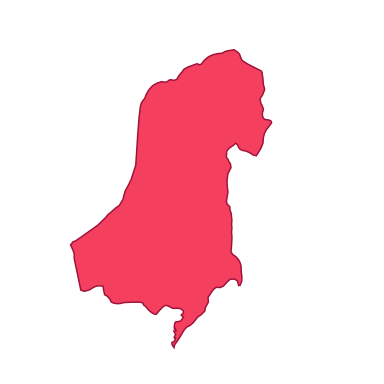 Telang Usan, Sarawak, Malaysia (Equal Earth projection), rotated 209°
{"feature_id": "92858781B46981369874280", "entity_name": "Telang Usan", "entity_type": "district", "adm_level": 2, "iso_a3": "MYS", "parent_name": "Malaysia", "parent_adm1": "Sarawak", "projection": "equal_earth", "projection_center": [114.732, 3.333], "detail": "fine", "context": "isolated", "style": "filled", "palette": "rose", "viewbox_px": 384, "rotation_deg": 209, "n_neighbors": 0, "source": "geoboundaries", "source_scale": "gbopen_adm2", "svg_char_len": 3101}
<svg xmlns="http://www.w3.org/2000/svg" viewBox="0 0 384 384"><g transform="rotate(209 192 192)"><path d="M247.2,306.9L247.3,306.9L249.6,306.7L252.3,303.9L252.9,302.9L253.8,301.9L254.7,301.1L255.9,299.6L257.4,297.4L258.7,294.9L258.8,292.7L259.9,287.4L259.9,284.1L260.0,282.9L261.5,281.4L262.9,280.4L264.6,280.2L266.1,279.0L266.7,277.5L267.9,275.5L269.6,274.7L272.2,273.7L273.7,272.0L275.4,270.2L276.7,268.1L278.1,265.5L278.7,263.0L279.3,260.2L279.3,257.5L279.3,255.6L279.3,254.6L278.7,251.0L279.3,247.7L279.3,244.4L278.1,240.5L276.9,237.7L274.6,231.9L267.8,217.0L254.1,188.0L253.3,183.5L251.3,173.5L251.0,168.0L250.9,160.4L249.7,155.3L248.8,152.0L249.1,144.9L250.9,141.2L254.5,131.4L255.3,127.3L258.3,117.3L267.6,97.9L270.2,92.8L272.0,90.5L272.5,86.8L267.9,83.4L264.9,80.7L263.0,77.0L241.7,52.3L239.6,52.7L238.0,52.9L235.7,55.2L233.9,57.2L232.2,60.4L230.2,63.1L227.0,65.4L224.0,66.4L221.7,63.3L218.6,59.8L215.4,59.8L211.3,58.2L209.7,56.7L206.4,56.8L202.8,58.3L200.6,59.8L198.0,62.2L191.2,66.5L188.1,68.2L184.2,70.4L181.5,71.1L179.2,69.6L177.3,69.5L174.6,68.4L170.6,67.2L168.2,66.9L166.0,66.9L164.0,67.7L163.0,72.7L161.7,77.6L160.1,80.1L157.8,80.7L155.1,80.8L152.8,80.9L151.1,81.6L148.2,83.4L145.6,84.3L143.7,84.3L142.2,83.8L140.9,82.3L141.4,80.3L141.8,79.1L141.1,78.8L138.9,78.7L139.0,76.1L139.4,74.1L139.8,73.1L141.7,71.8L143.1,70.7L143.4,70.1L143.4,68.9L142.6,66.5L142.1,65.3L141.1,63.9L140.8,64.8L140.4,64.7L140.0,63.8L139.0,63.5L138.6,62.8L140.5,61.5L139.0,60.6L137.1,59.3L137.3,57.4L137.1,56.2L136.2,55.8L135.7,56.2L135.3,55.2L135.2,54.1L135.3,52.7L135.5,51.6L136.5,51.1L136.4,50.1L135.3,48.7L132.3,47.2L133.1,49.9L132.6,54.4L132.2,59.9L132.0,67.2L131.1,71.3L129.2,74.0L127.8,77.4L127.2,80.3L126.4,85.4L124.6,88.9L123.1,94.0L124.3,97.5L124.3,103.6L126.9,107.7L126.0,117.1L124.7,120.3L120.9,122.2L119.0,124.8L117.6,130.2L116.4,134.2L112.4,136.5L109.2,136.3L107.6,134.6L105.9,132.8L104.7,133.6L105.3,138.3L107.9,143.0L110.0,145.7L113.3,151.2L115.9,153.7L118.5,155.3L121.5,156.5L123.8,156.9L126.4,157.1L129.1,159.0L131.6,164.7L135.1,171.8L137.8,175.7L139.6,179.8L141.6,182.7L143.4,186.6L147.4,192.3L150.0,194.7L151.9,197.6L155.4,198.4L157.4,200.7L160.6,209.5L162.7,212.3L166.4,218.0L169.3,224.8L169.6,228.3L169.7,232.2L172.2,235.4L174.4,236.4L176.4,238.1L178.8,239.1L181.4,244.4L180.8,248.1L179.0,251.8L177.3,255.9L175.0,255.3L173.1,253.8L170.5,252.6L167.4,253.0L164.5,254.0L160.1,254.3L157.0,254.0L153.4,254.8L153.1,258.0L152.9,264.1L153.7,269.4L154.8,271.7L156.2,274.9L157.0,278.5L157.2,282.7L156.6,285.7L155.9,291.1L157.1,292.3L158.5,292.4L160.8,291.9L162.2,291.2L163.6,290.8L165.6,291.2L167.1,292.7L168.3,294.2L168.9,295.9L169.5,298.7L170.6,299.9L172.3,301.3L173.2,302.1L174.7,302.9L177.4,306.1L177.7,308.0L177.4,309.5L177.4,311.9L177.8,314.3L177.9,316.0L178.8,317.7L179.7,318.6L181.6,320.5L185.1,325.8L186.9,328.1L188.3,330.1L189.9,331.4L205.7,330.9L212.1,331.4L214.5,333.2L217.3,335.6L220.0,336.5L224.3,336.8L230.7,331.5L233.0,328.0L236.8,325.3L239.0,323.4L241.1,321.1L243.1,318.4L245.1,313.2L245.5,310.5L245.8,308.4L247.2,306.9Z" fill="#f43f5e" stroke="#9f1239" stroke-width="1.5"/></g></svg>